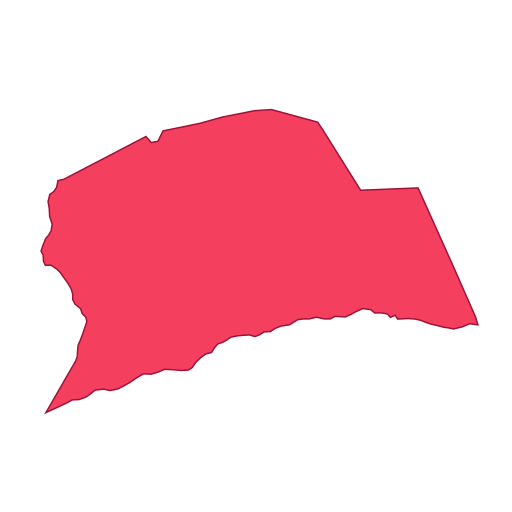 Aramari, Bahia, Brazil, rotated 267°
{"feature_id": "56859067B32127453962752", "entity_name": "Aramari", "entity_type": "district", "adm_level": 2, "iso_a3": "BRA", "parent_name": "Brazil", "parent_adm1": "Bahia", "projection": "robinson", "projection_center": [-38.561, -12.063], "detail": "fine", "context": "isolated", "style": "filled", "palette": "rose", "viewbox_px": 512, "rotation_deg": 267, "n_neighbors": 0, "source": "geoboundaries", "source_scale": "gbopen_adm2", "svg_char_len": 1625}
<svg xmlns="http://www.w3.org/2000/svg" viewBox="0 0 512 512"><g transform="rotate(267 256 256)"><path d="M110.6,38.0L119.4,59.8L121.9,64.9L121.9,71.8L124.0,78.6L126.3,82.6L130.5,88.3L131.0,96.9L129.3,103.2L130.5,111.2L133.9,118.5L136.5,123.7L140.4,130.1L144.2,137.2L143.5,145.4L145.3,152.5L147.6,158.6L146.7,168.1L145.6,175.2L145.6,182.3L147.9,186.5L152.7,190.0L157.3,195.3L160.8,200.8L162.0,206.6L166.6,209.8L170.1,213.2L171.5,218.0L173.5,222.2L176.2,226.4L177.2,233.0L177.5,238.8L177.5,245.4L175.6,250.7L177.1,255.4L179.8,260.3L179.8,266.5L182.7,271.3L184.7,277.3L185.6,285.9L190.2,294.3L190.7,300.1L190.4,305.9L191.7,313.2L189.6,320.8L189.3,327.0L191.6,331.7L191.0,337.0L190.5,342.3L192.9,348.1L195.3,353.1L197.9,359.9L196.5,367.6L192.9,371.6L192.6,378.4L191.2,384.3L187.7,386.9L189.5,391.9L185.6,394.1L185.6,399.5L185.6,404.6L184.7,411.6L183.1,417.3L180.9,422.0L179.1,426.5L177.3,432.5L175.0,439.9L174.1,444.7L172.8,449.5L174.5,458.4L177.2,466.0L175.6,474.0L183.5,472.1L234.7,452.7L270.8,438.7L315.5,421.4L316.2,363.9L379.4,328.8L386.4,324.6L401.4,279.2L401.2,262.3L396.6,230.1L391.4,206.7L385.8,169.7L375.7,164.1L374.8,157.3L381.1,152.3L342.6,67.9L341.7,62.2L335.0,60.5L331.0,57.5L328.3,53.3L321.3,51.2L314.3,52.0L306.3,52.0L298.4,54.1L291.9,52.7L288.0,50.2L284.1,46.7L277.3,43.6L272.2,41.6L268.0,43.5L261.8,43.5L257.8,45.1L257.5,50.9L253.2,56.6L249.5,59.9L245.2,62.5L238.7,66.7L232.9,69.7L227.8,70.9L222.0,70.7L217.4,72.8L212.7,78.0L207.6,79.4L203.7,82.9L199.3,83.6L194.4,81.7L187.4,78.9L181.4,76.3L176.6,73.8L170.6,72.8L165.1,72.3L160.6,70.4L110.6,38.0Z" fill="#f43f5e" stroke="#9f1239" stroke-width="1.5"/></g></svg>